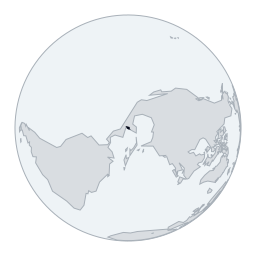 the Earth from above Cayo, rotated 102°
{"feature_id": "BLZ-1324", "entity_name": "Cayo", "entity_type": "District", "adm_level": 1, "iso_a3": "BLZ", "parent_name": "Belize", "parent_adm1": "", "projection": "orthographic", "projection_center": [-88.805, 16.941], "detail": "fine", "context": "on_globe", "style": "filled", "palette": "ink", "viewbox_px": 256, "rotation_deg": 102, "n_neighbors": 0, "source": "natural_earth", "source_scale": "10m", "svg_char_len": 8572}
<svg xmlns="http://www.w3.org/2000/svg" viewBox="0 0 256 256"><g transform="rotate(102 128 128)"><circle cx="128" cy="128" r="113" fill="#eef3f6" stroke="#a8b0b8"/><path d="M148.5,144.3L145.9,143.3L143.4,146.7L134.1,141.7L130.5,135.2L100.9,124.3L97.6,120.8L97.2,115.2L86.1,96.3L91.5,113.8L87.4,110.3L83.9,103.9L85.6,102.5L83.0,93.4L79.1,89.8L78.0,78.6L84.0,65.4L85.4,67.6L86.6,64.5L85.0,61.7L83.6,60.7L85.7,48.7L81.4,42.3L76.6,43.2L80.3,40.9L68.9,45.1L64.4,45.0L71.6,43.4L74.0,42.0L71.9,40.9L73.9,39.3L74.1,38.0L76.6,36.3L80.7,35.8L82.4,34.8L80.8,34.2L82.4,32.3L84.4,33.4L87.4,30.4L94.7,29.9L98.0,35.4L104.1,34.9L113.1,40.4L114.4,38.9L118.6,40.5L121.7,39.5L122.5,41.2L124.2,39.0L122.9,37.8L123.2,36.5L124.9,35.9L126.2,37.7L125.5,38.3L126.8,38.6L126.7,39.8L127.7,38.9L129.1,41.4L130.2,38.1L133.4,39.5L133.7,41.4L130.4,42.2L122.8,49.7L122.0,52.5L124.3,55.3L135.3,58.2L135.8,61.1L138.9,64.3L140.1,62.1L138.2,58.8L141.2,55.8L138.4,52.6L139.2,51.0L137.7,47.6L141.5,47.1L145.9,48.7L147.4,51.6L149.4,52.5L150.9,49.2L156.4,54.5L164.7,58.1L165.8,59.8L162.7,63.6L155.5,64.6L151.4,70.8L157.6,66.0L160.1,70.9L162.0,71.5L163.9,70.9L164.4,68.9L166.0,70.6L160.5,75.6L158.9,74.1L160.7,72.5L157.3,73.1L153.6,77.2L155.2,79.6L148.0,84.1L149.0,86.0L148.0,88.3L146.8,84.8L148.7,91.4L140.5,99.6L142.9,111.5L136.7,102.6L132.1,101.8L126.7,102.2L127.0,104.2L119.4,103.0L113.1,107.3L111.6,116.8L114.8,124.1L123.2,124.2L125.3,120.0L131.2,118.9L127.8,130.1L138.2,131.1L137.6,139.3L140.8,143.4L145.8,142.0L151.1,143.6L154.6,138.6L160.3,135.4L160.7,142.0L163.6,135.7L167.0,138.5L178.1,136.7L177.4,138.3L186.8,144.6L196.4,146.1L198.6,150.3L197.5,153.4L200.7,153.5L200.7,155.4L212.7,155.0L218.2,157.7L217.6,164.1L212.2,172.8L205.5,188.7L195.2,195.8L191.4,201.8L181.3,211.1L175.3,211.6L175.8,215.0L171.4,217.7L167.1,218.4L165.3,221.0L162.1,221.4L163.5,222.7L156.9,226.3L157.2,228.4L152.0,231.0L152.3,232.1L150.8,232.2L149.0,232.8L148.3,233.4L144.5,232.7L145.0,230.0L147.5,228.4L145.6,228.3L151.1,223.9L148.5,225.0L151.6,218.3L156.4,212.2L161.9,193.7L160.0,190.1L152.1,186.2L142.7,171.9L145.7,165.4L143.4,162.5L150.7,152.8L148.5,144.3ZM30.0,105.3L30.7,102.7L31.0,104.6L30.0,105.3ZM30.6,100.9L30.5,101.8L30.5,101.0L30.6,100.9ZM30.3,100.2L30.6,100.7L30.2,100.4L30.3,100.2ZM29.8,99.6L30.1,99.9L29.8,99.6ZM142.8,115.6L154.7,120.4L148.3,121.7L149.4,120.5L146.3,118.4L140.7,116.6L135.0,118.2L142.8,115.6ZM29.4,97.9L29.3,97.4L29.7,97.4L29.4,97.9ZM147.2,108.6L145.2,108.3L147.1,108.1L147.2,108.6ZM82.6,60.5L84.7,61.9L85.5,65.2L83.5,64.2L82.6,60.5ZM81.5,54.8L83.0,54.8L81.5,57.8L81.1,56.8L81.5,54.8ZM72.7,44.4L74.0,44.9L72.1,45.0L72.7,44.4ZM73.6,38.1L72.6,38.5L73.1,37.7L73.6,38.1ZM135.8,48.1L136.7,47.8L136.5,48.6L135.8,48.1ZM134.2,46.9L133.3,48.0L132.4,47.6L133.0,46.9L134.2,46.9ZM77.5,34.4L78.6,33.1L78.2,34.3L77.5,34.4ZM135.5,45.7L130.9,46.8L129.4,46.2L130.4,43.2L135.5,45.7ZM79.7,32.3L82.4,29.5L80.4,30.1L87.6,27.2L82.9,30.3L82.7,31.6L81.5,31.5L79.7,32.3ZM121.7,37.7L123.2,39.0L120.4,38.5L121.7,37.7ZM119.9,37.7L110.9,38.6L109.6,36.7L112.8,36.6L109.9,34.7L113.6,33.2L116.1,33.9L116.2,35.5L117.6,33.8L119.9,37.7ZM91.1,26.2L92.4,25.6L91.8,26.2L91.1,26.2ZM123.1,36.0L121.4,36.2L120.1,34.5L123.3,33.6L122.7,34.4L123.1,36.0ZM107.2,35.1L106.8,33.7L109.8,32.1L110.0,31.5L113.6,33.0L107.2,35.1ZM123.8,34.5L124.9,33.3L127.1,33.6L124.7,35.6L123.8,34.5ZM118.5,34.4L118.0,33.6L119.3,33.7L118.5,34.4ZM135.2,34.5L133.2,34.6L132.4,33.7L135.2,34.5ZM125.2,32.8L124.5,32.7L123.9,32.4L125.1,31.7L125.2,32.8ZM115.4,31.9L116.7,31.6L114.1,31.1L116.2,30.1L118.2,31.4L118.2,30.4L118.9,30.1L119.8,31.6L115.4,31.9ZM124.5,30.2L127.8,31.8L131.7,31.6L132.6,32.4L126.1,32.6L124.5,30.2ZM121.7,30.8L123.6,30.6L123.7,31.6L122.4,32.4L121.7,30.8ZM116.9,29.0L113.2,30.2L112.9,29.9L116.9,29.0ZM125.7,29.9L124.8,29.5L125.9,29.8L125.7,29.9ZM119.6,29.0L118.3,29.4L118.0,29.0L119.6,29.0ZM124.3,28.5L125.3,29.0L124.5,29.5L124.3,28.5ZM122.1,28.6L122.0,28.0L123.6,29.4L121.6,28.8L122.1,28.6ZM119.5,28.6L118.9,28.5L120.1,28.4L119.5,28.6ZM126.9,26.5L129.1,28.2L127.2,29.2L125.4,27.4L126.9,26.5ZM150.4,234.3L144.6,233.1L148.1,233.6L151.6,232.3L154.2,233.3L150.4,234.3ZM160.2,230.7L163.6,229.7L164.1,229.9L161.9,230.7L160.2,230.7ZM207.0,47.7L204.9,46.1L207.3,48.4L209.4,50.1L212.4,53.4L211.6,52.5L207.8,49.5L210.2,53.6L218.2,65.2L218.6,67.8L216.7,68.0L208.9,58.9L208.9,54.2L206.2,51.4L202.0,49.3L202.3,48.2L200.6,46.9L200.2,45.3L195.5,40.6L194.5,39.0L188.7,35.2L187.3,34.0L191.2,36.5L193.2,37.6L190.2,34.3L188.4,33.1L184.9,31.1L184.5,30.6L181.4,29.1L177.7,27.0L179.7,28.5L175.6,26.7L171.2,24.6L170.3,24.4L177.4,27.9L179.9,29.1L181.6,29.7L188.8,33.9L190.7,35.5L184.5,32.5L186.5,34.7L180.8,31.9L165.0,23.4L160.4,21.2L161.1,20.4L164.5,21.5L165.9,22.2L168.3,22.8L166.3,22.1L166.0,22.0L162.0,20.6L161.5,20.5L158.5,19.6L157.5,19.3L159.4,19.8L166.9,22.3L174.3,25.3L181.5,28.9L188.3,32.9L194.9,37.4L201.1,42.3L207.0,47.7ZM142.3,16.3L139.9,16.0L138.9,15.9L142.3,16.3ZM138.1,15.8L137.5,15.8L137.4,15.8L138.1,15.8ZM133.9,15.5L122.5,15.9L117.3,16.1L118.4,15.8L109.4,17.1L104.1,18.0L104.9,17.9L101.1,18.9L102.7,18.6L102.8,18.7L93.8,22.1L90.9,23.1L87.9,25.2L88.3,25.3L90.3,24.6L87.6,27.2L80.4,30.1L79.8,29.7L75.7,32.1L75.0,31.1L72.5,31.7L74.1,29.8L72.0,30.7L70.6,31.6L66.7,33.7L64.3,35.1L68.0,32.7L72.2,30.2L78.3,28.0L76.3,28.4L78.6,27.3L79.0,26.9L77.4,27.4L76.1,28.1L78.5,26.8L86.0,23.5L93.7,20.7L101.5,18.5L109.5,16.9L117.6,15.8L125.8,15.4L133.9,15.5ZM239.9,115.2L239.9,115.4L238.9,125.0L237.0,122.4L231.1,110.8L230.2,103.8L227.3,97.3L218.7,68.3L219.9,67.5L216.6,58.9L220.4,63.7L220.6,63.9L224.9,70.6L228.7,77.5L232.0,84.7L234.8,92.1L237.0,99.6L238.7,107.3L239.9,115.2ZM225.2,80.9L226.3,82.9L226.3,83.0L225.2,80.9ZM178.5,136.6L179.8,137.7L178.1,138.0L178.5,136.6ZM147.6,124.5L150.1,124.5L151.4,125.4L149.6,125.9L147.6,124.5ZM167.5,122.7L170.2,122.9L167.5,123.8L167.5,122.7ZM156.5,121.0L165.4,122.7L160.1,125.3L154.5,124.3L158.3,123.3L156.5,121.0ZM146.5,112.5L148.0,112.9L147.7,114.2L146.5,112.5ZM148.6,108.5L148.0,108.7L147.2,107.7L148.6,108.5ZM160.4,70.6L160.9,70.2L163.0,70.1L162.2,71.0L160.4,70.6ZM170.8,65.1L173.2,67.9L171.0,66.4L170.4,68.1L165.1,67.2L166.0,60.6L166.5,63.6L170.8,65.1ZM158.2,64.7L161.5,65.7L157.9,64.9L158.2,64.7ZM191.6,42.5L192.9,42.5L195.0,44.2L196.3,47.2L193.2,44.6L191.6,42.5ZM194.1,42.2L187.5,38.9L186.5,37.2L188.2,38.7L188.1,37.9L190.9,40.1L196.2,42.1L198.4,43.8L199.6,47.8L198.0,45.4L196.9,45.4L194.1,42.2ZM172.8,36.4L170.0,35.7L171.3,32.8L173.8,33.8L175.3,36.5L173.2,37.0L172.8,36.4ZM138.2,40.7L137.0,41.2L136.6,40.6L137.3,39.7L138.2,40.7ZM134.4,34.7L142.9,38.1L142.0,38.8L148.1,40.4L148.0,42.9L144.1,41.7L148.6,45.1L145.1,45.0L148.4,47.2L139.6,44.2L136.6,44.6L140.0,43.2L140.1,40.8L139.2,39.9L134.5,37.6L128.1,37.5L127.2,35.4L128.2,34.0L129.6,33.7L129.8,35.1L131.6,33.7L132.9,35.5L134.4,34.7ZM141.2,22.7L140.8,23.7L144.6,22.6L145.9,23.9L146.3,23.7L148.5,24.6L151.9,25.5L152.0,26.1L153.3,26.2L154.8,27.0L156.5,27.4L157.4,28.7L159.6,29.4L158.7,29.7L162.3,30.6L160.0,30.6L161.8,31.7L163.1,31.1L163.3,38.9L165.2,42.7L168.0,46.1L163.7,46.0L158.2,43.1L152.9,39.1L151.8,35.7L150.0,36.5L148.9,35.1L150.8,35.1L147.3,34.4L146.9,33.3L142.2,30.8L137.4,30.8L135.6,30.0L137.2,29.5L134.2,29.1L136.1,27.6L134.9,27.1L135.5,25.3L139.4,24.8L137.7,24.3L138.1,23.1L141.2,22.7ZM127.2,25.9L131.7,24.7L134.6,24.9L132.3,28.1L133.2,28.8L131.9,31.1L127.7,30.9L128.5,30.2L128.2,29.5L129.6,29.9L128.3,29.1L129.3,28.2L128.6,27.4L130.3,27.1L127.2,25.9ZM215.5,57.1L214.9,56.4L214.6,56.0L214.0,55.2L215.5,57.1ZM212.4,54.4L211.9,53.6L214.4,56.2L214.6,56.7L212.4,54.4ZM209.5,51.1L211.7,53.3L210.7,52.4L209.5,51.1ZM190.4,35.8L189.6,35.0L190.3,35.4L191.8,36.4L190.4,35.8ZM152.7,21.0L152.0,21.3L151.3,21.1L148.0,21.1L146.7,20.3L148.2,20.1L152.7,21.0ZM150.8,20.2L149.6,20.3L149.7,19.9L150.8,20.2ZM145.6,19.8L145.5,19.4L146.2,20.2L145.6,19.8ZM138.5,16.2L144.5,16.8L147.9,17.2L148.6,17.3L150.2,17.7L144.9,17.0L138.5,16.2ZM124.6,15.8L124.1,16.1L122.6,16.1L124.6,15.8ZM125.5,16.0L128.0,16.3L126.6,16.5L124.9,16.2L125.5,16.0ZM139.6,17.6L141.5,17.8L141.3,18.0L139.6,17.6ZM91.5,25.6L92.3,25.6L91.0,26.0L91.5,25.6ZM103.8,18.6L103.7,18.7L102.2,19.1L103.8,18.6ZM102.7,19.5L104.4,19.0L103.0,19.6L102.7,19.5ZM108.2,18.0L105.3,18.8L107.5,18.0L108.2,18.0Z" fill="#d9dde1" stroke="#a8b0b8" stroke-width="1"/><path d="M127.3,129.1L127.3,128.9L127.3,128.3L127.4,127.8L127.4,127.3L127.4,127.2L127.5,127.2L127.8,127.1L128.0,127.1L128.3,127.0L128.4,126.9L128.4,127.0L128.4,127.4L128.5,127.5L128.4,127.6L128.4,127.8L128.3,128.0L128.2,128.2L128.2,128.3L128.1,128.5L127.9,128.7L127.8,128.8L127.7,128.8L127.4,128.9L127.4,129.0L127.3,129.1Z" fill="#0f172a" stroke="#020617" stroke-width="1.5"/></g></svg>